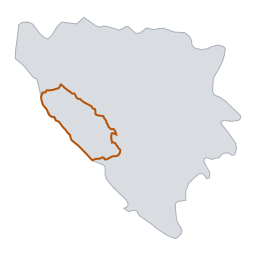 where West Bosnia sits in Bosnia and Herzegovina
{"feature_id": "BIH-2224", "entity_name": "West Bosnia", "entity_type": "Canton", "adm_level": 1, "iso_a3": "BIH", "parent_name": "Bosnia and Herzegovina", "parent_adm1": "", "projection": "orthographic", "projection_center": [16.924, 43.992], "detail": "fine", "context": "in_parent", "style": "outline", "palette": "amber", "viewbox_px": 256, "rotation_deg": 0, "n_neighbors": 0, "source": "natural_earth", "source_scale": "10m", "svg_char_len": 3375}
<svg xmlns="http://www.w3.org/2000/svg" viewBox="0 0 256 256"><path d="M224.7,47.6L225.3,49.4L224.1,55.9L221.9,62.8L218.1,70.0L214.1,76.9L213.1,80.4L212.9,86.1L212.5,90.6L213.2,93.0L214.6,95.2L219.3,96.9L225.7,101.2L231.3,106.9L238.3,113.3L240.6,115.7L240.6,118.3L238.7,120.3L232.8,121.2L226.7,120.9L224.3,120.2L222.2,121.1L220.8,122.7L221.6,124.4L228.1,132.3L235.8,143.6L236.4,148.6L235.6,152.5L234.0,155.2L230.9,154.9L228.5,152.8L225.0,153.1L222.3,153.8L218.8,158.0L217.1,157.9L214.0,158.6L212.1,159.5L209.0,158.4L205.8,157.6L204.4,159.0L203.9,161.4L206.0,165.8L209.9,172.7L209.4,178.0L206.6,178.6L203.8,174.3L201.5,173.6L198.9,173.8L192.9,179.1L188.5,183.5L187.6,186.5L186.0,189.9L185.6,192.3L185.9,200.2L177.8,201.6L176.1,202.8L175.2,205.2L176.1,215.4L176.8,220.8L181.6,229.2L181.8,231.8L181.2,233.6L178.0,237.0L176.4,238.2L175.4,238.6L169.9,236.5L167.3,235.5L156.4,228.3L151.6,224.2L144.0,218.9L139.3,215.8L136.9,211.2L133.2,210.2L128.8,211.7L123.9,208.4L127.3,206.6L128.2,204.9L127.7,202.8L126.2,199.8L112.8,187.1L106.2,178.5L105.2,175.3L105.1,167.0L103.5,165.0L93.8,161.2L83.0,150.4L71.9,139.8L70.3,136.8L64.6,128.8L57.7,121.4L52.2,116.7L47.7,111.4L42.7,104.0L40.2,92.7L38.0,82.8L36.4,78.9L33.3,77.5L23.6,65.6L15.4,58.6L15.5,51.2L17.1,38.9L18.8,24.9L20.9,23.0L24.6,22.0L28.9,22.4L32.7,24.2L40.0,33.9L44.2,37.6L47.8,39.1L52.0,35.1L57.2,26.6L61.6,22.2L76.6,23.9L84.0,17.4L95.9,25.9L100.8,27.2L103.6,26.0L107.4,26.5L115.7,29.0L117.7,30.0L120.2,29.8L126.3,26.4L128.5,26.8L135.6,33.3L139.2,33.3L143.4,30.5L146.1,28.0L154.3,29.7L158.9,28.5L162.8,28.3L167.0,29.4L170.8,30.8L174.6,32.1L184.7,32.6L189.6,36.6L191.6,40.6L191.7,43.1L192.2,45.7L195.1,48.2L201.2,49.6L205.0,49.1L207.0,48.9L212.1,46.5L218.2,45.1L222.6,46.3L224.7,47.6Z" fill="#d9dde1" stroke="#a8b0b8" stroke-width="1"/><path d="M52.2,116.9L51.6,116.9L51.0,116.5L50.3,116.0L49.2,114.9L48.4,113.4L47.1,110.2L46.2,108.7L43.7,105.9L42.8,104.5L41.7,101.0L41.2,98.4L41.1,97.2L41.3,96.3L41.9,95.0L42.1,94.3L42.3,92.9L42.6,92.7L43.3,92.4L44.8,92.6L45.5,92.3L45.8,91.6L46.7,90.4L48.1,90.3L50.2,90.4L51.5,90.0L53.5,89.8L55.5,89.0L58.3,88.4L59.3,87.2L60.6,84.7L61.0,84.4L62.8,86.0L64.5,87.6L67.0,89.7L70.6,92.2L72.2,93.5L73.6,93.5L74.5,93.7L75.2,94.8L75.9,96.3L77.0,98.3L79.1,99.0L80.2,99.1L81.5,100.4L83.9,102.2L86.9,103.8L89.7,105.4L91.4,106.1L92.3,107.9L93.7,108.8L95.0,109.2L95.4,111.3L95.5,113.9L96.3,114.9L97.9,115.3L103.4,116.2L103.7,117.2L104.8,119.1L105.9,120.3L106.3,121.1L106.3,122.2L107.0,123.5L107.2,123.8L107.7,124.5L108.1,126.2L108.7,126.8L109.7,128.0L110.7,129.0L112.2,129.1L113.9,129.2L115.5,131.8L115.8,133.0L115.9,133.3L116.2,134.5L114.5,133.8L113.4,133.2L111.9,133.3L111.8,133.7L111.4,134.6L111.3,136.2L111.2,136.8L111.3,138.4L111.3,139.5L111.9,140.7L111.9,141.6L111.9,142.5L112.5,142.5L113.4,142.5L115.0,142.9L116.0,144.5L117.8,146.8L118.6,148.2L119.3,148.9L120.2,149.7L120.2,150.2L120.2,151.0L120.0,152.7L119.1,153.8L118.3,155.4L117.0,155.8L115.0,156.2L113.3,156.3L112.0,156.5L110.0,157.6L108.6,158.4L106.5,159.4L104.9,159.4L104.2,158.7L103.8,157.7L102.4,157.3L101.5,158.0L98.8,158.8L95.8,158.8L95.2,159.0L92.5,160.3L90.6,158.6L87.7,155.3L78.4,145.7L71.8,140.4L71.0,139.0L70.5,137.3L70.3,135.9L69.8,134.7L67.4,132.5L65.5,129.8L62.6,126.8L60.9,124.3L60.3,123.3L59.4,122.3L58.4,121.4L55.8,120.5L55.3,119.5L55.1,118.3L54.3,117.1L53.7,116.8L52.2,116.9Z" fill="none" stroke="#b45309" stroke-width="2"/></svg>